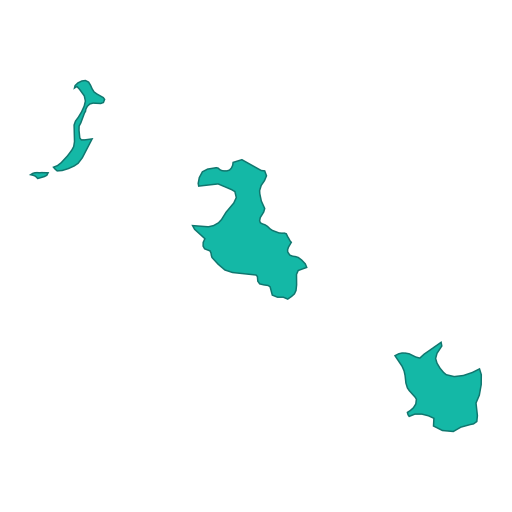 SVG path tracing the border of Îles Loyauté
{"feature_id": "NCL-1258", "entity_name": "Îles Loyauté", "entity_type": "Province", "adm_level": 1, "iso_a3": "NCL", "parent_name": "New Caledonia", "parent_adm1": "", "projection": "mercator", "projection_center": [167.211, -21.021], "detail": "fine", "context": "isolated", "style": "filled", "palette": "teal", "viewbox_px": 512, "rotation_deg": 0, "n_neighbors": 0, "source": "natural_earth", "source_scale": "10m", "svg_char_len": 2600}
<svg xmlns="http://www.w3.org/2000/svg" viewBox="0 0 512 512"><path d="M298.3,257.5L301.6,260.0L305.3,263.9L306.7,267.4L298.2,270.5L296.5,274.4L296.6,284.9L296.0,290.5L294.4,293.9L291.6,296.4L287.7,299.1L283.3,297.2L277.5,297.2L272.3,295.1L270.1,286.8L268.2,285.5L264.0,284.9L259.7,283.9L257.8,281.2L257.4,276.5L256.0,275.0L232.5,272.5L224.9,270.0L218.1,264.2L212.0,257.5L211.4,255.6L211.0,253.1L210.0,250.9L204.6,248.8L203.1,246.1L203.2,242.4L204.9,238.7L194.6,229.3L192.6,225.6L208.4,226.8L213.6,225.6L218.5,222.8L221.5,219.6L226.1,212.2L233.8,203.0L236.3,197.6L234.9,191.6L231.7,189.7L218.1,183.9L198.7,186.1L198.2,183.4L199.3,177.6L202.4,171.8L207.6,169.1L216.3,167.7L218.1,168.1L219.9,169.7L221.8,170.6L224.0,170.9L226.9,170.9L229.5,170.1L231.4,168.1L232.7,165.3L233.1,162.4L241.9,159.7L261.2,170.5L264.7,170.9L266.5,175.8L264.5,180.6L261.2,185.4L259.6,190.6L259.8,193.8L261.3,201.0L264.7,208.5L263.7,212.0L260.3,217.5L259.6,220.8L260.4,222.8L262.4,223.9L265.0,224.8L267.5,226.4L270.1,228.9L272.3,230.4L278.9,232.9L281.9,233.2L284.4,233.1L286.3,233.8L287.7,236.8L288.6,238.2L290.1,241.0L291.3,242.3L288.5,247.1L287.6,249.7L287.7,252.0L289.8,255.1L292.6,256.2L295.5,256.6L298.3,257.5ZM479.5,368.9L481.3,374.7L481.2,384.6L479.3,395.2L476.0,403.0L477.4,415.7L476.8,421.5L473.5,423.9L470.4,424.5L460.7,427.2L453.3,431.5L442.4,430.5L433.5,426.0L433.9,418.3L428.5,415.8L421.8,414.1L414.9,414.1L409.2,416.4L408.5,415.5L408.0,414.6L407.7,413.6L407.4,412.4L410.2,410.6L413.4,407.8L415.8,404.0L416.4,399.2L415.0,397.0L409.3,390.7L407.4,387.9L405.9,383.0L405.1,375.6L404.1,370.9L402.1,366.3L395.0,355.7L398.7,353.8L402.1,353.0L405.4,353.1L409.2,353.8L415.7,357.0L419.8,358.1L424.2,354.1L441.1,342.3L441.8,346.0L437.0,353.3L435.6,358.5L437.0,363.2L440.0,368.2L443.5,372.4L446.2,374.7L454.2,376.6L463.4,375.5L472.3,372.5L479.5,368.9ZM94.0,91.9L96.9,94.0L103.3,97.6L104.6,99.4L103.4,102.5L100.7,103.5L93.1,103.1L89.8,104.0L87.4,106.2L85.9,109.0L85.4,111.7L84.7,112.4L80.8,122.9L79.1,126.1L79.0,130.3L79.8,138.0L81.3,139.9L84.7,139.9L92.1,138.9L82.3,157.8L78.1,163.3L74.1,166.0L68.3,168.6L62.2,170.5L57.2,170.9L55.1,169.1L53.5,167.2L57.5,165.6L61.1,162.8L67.5,155.9L71.8,150.1L73.7,146.6L74.5,141.7L74.1,125.0L75.5,121.1L78.4,117.2L81.6,111.8L84.2,106.1L85.4,101.1L84.3,95.9L79.4,89.1L77.1,86.7L76.0,87.0L74.5,88.0L75.1,85.6L77.9,82.9L81.8,81.0L85.4,80.5L88.6,82.1L90.5,85.2L92.1,88.8L94.0,91.9ZM39.5,172.8L41.5,172.6L48.1,172.8L46.8,175.3L44.3,176.6L37.7,178.5L36.3,177.0L35.0,176.0L33.2,175.3L30.7,174.7L32.7,173.4L34.7,172.8L37.0,172.6L39.5,172.8Z" fill="#14b8a6" stroke="#0f766e" stroke-width="1.5"/></svg>